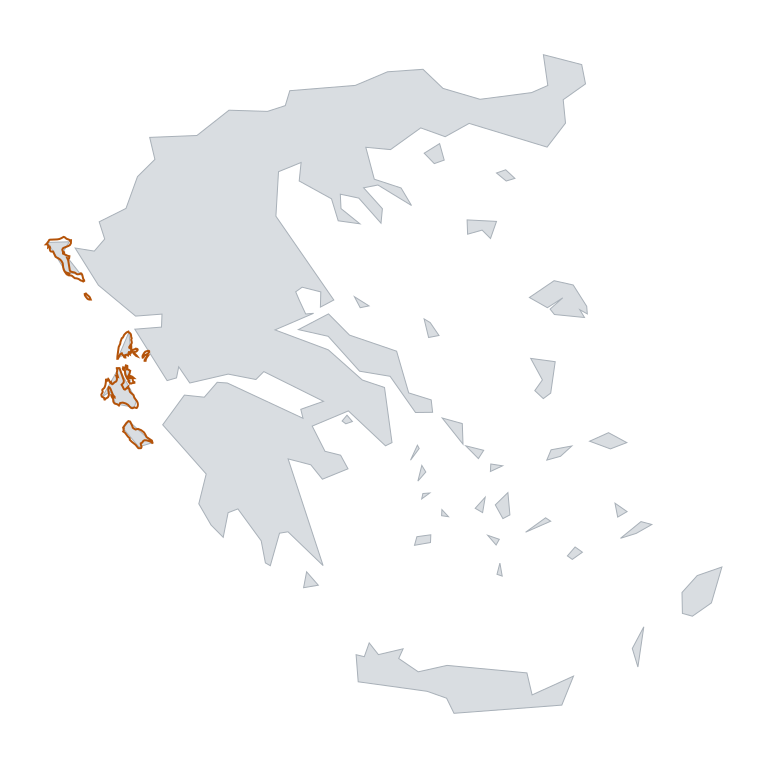 Ionioi Nisoi on a map of Greece (Natural Earth projection)
{"feature_id": "GRC-2883", "entity_name": "Ionioi Nisoi", "entity_type": "Region", "adm_level": 1, "iso_a3": "GRC", "parent_name": "Greece", "parent_adm1": "", "projection": "natural_earth1", "projection_center": [20.478, 38.738], "detail": "fine", "context": "in_parent", "style": "outline", "palette": "amber", "viewbox_px": 768, "rotation_deg": 0, "n_neighbors": 0, "source": "natural_earth", "source_scale": "10m", "svg_char_len": 8741}
<svg xmlns="http://www.w3.org/2000/svg" viewBox="0 0 768 768"><path d="M543.4,54.7L581.7,64.6L585.5,83.9L563.2,99.7L565.5,123.1L547.1,147.1L469.1,123.4L445.2,136.7L420.7,127.9L390.5,149.6L365.8,147.3L374.3,179.2L401.1,188.0L411.5,205.5L377.9,185.0L363.6,187.8L382.4,208.7L381.0,223.2L358.8,198.1L340.3,194.2L341.0,208.6L359.9,223.8L338.2,220.8L331.5,198.8L299.2,181.0L301.1,162.5L278.5,171.7L275.9,216.2L333.8,300.0L320.4,307.1L320.8,291.9L302.1,287.2L295.7,291.8L299.4,300.5L305.7,314.0L313.6,313.3L275.0,329.9L328.4,349.9L362.3,380.0L384.5,387.5L392.0,442.6L385.5,445.8L348.4,410.9L312.2,426.1L325.0,451.3L340.6,455.2L348.0,468.8L322.4,479.2L310.8,464.8L288.1,458.9L323.1,565.6L288.0,531.8L279.5,533.2L270.3,565.7L265.4,562.9L261.2,540.8L237.9,508.9L228.1,512.7L223.2,537.3L211.1,525.1L198.8,503.8L206.2,474.0L162.7,424.8L184.4,395.1L204.3,397.2L217.2,382.3L227.3,383.0L303.0,418.3L300.8,409.3L323.5,401.3L263.8,371.6L255.9,379.5L228.2,374.1L189.8,383.0L178.7,366.8L176.5,377.9L167.1,380.6L134.8,329.2L161.5,327.1L162.0,314.1L135.6,316.1L98.4,285.2L75.1,248.0L94.3,251.1L104.7,239.0L99.2,221.8L126.0,208.4L137.5,176.6L154.9,159.4L149.7,137.4L196.9,135.5L229.0,110.2L267.5,111.4L285.3,105.6L289.8,90.7L355.3,85.4L387.5,71.8L423.0,69.3L443.0,88.4L480.0,99.3L531.6,92.6L547.8,85.5L543.4,54.7ZM378.4,654.6L403.1,648.8L398.7,658.5L418.2,671.8L447.1,665.4L526.9,672.9L532.1,694.9L573.5,676.1L561.8,705.1L454.0,713.3L446.6,698.2L427.1,691.3L358.2,681.8L356.1,654.7L364.3,656.7L369.2,642.9L378.4,654.6ZM328.5,313.9L349.5,335.1L396.6,351.2L408.7,392.9L431.2,399.9L432.6,412.3L415.5,412.5L390.1,376.3L359.6,371.2L328.2,336.3L298.4,329.6L328.5,313.9ZM573.2,285.0L586.7,306.3L587.3,313.9L579.8,309.7L584.5,317.5L554.4,314.5L550.1,309.1L562.8,297.8L547.4,307.7L529.4,297.5L554.1,280.7L573.2,285.0ZM692.4,616.2L682.4,613.4L682.0,592.5L697.2,575.6L721.9,567.0L711.4,602.9L692.4,616.2ZM550.7,393.1L543.3,398.6L534.8,390.6L542.4,379.9L530.7,358.4L555.2,361.7L550.7,393.1ZM118.8,368.1L136.4,400.5L134.3,407.4L115.7,403.9L110.1,391.5L102.3,396.8L118.8,368.1ZM81.1,274.9L66.0,272.1L47.6,242.4L69.3,241.8L63.1,252.0L81.1,274.9ZM496.5,221.4L490.5,238.5L482.1,230.1L467.6,234.2L467.1,219.9L496.5,221.4ZM608.5,432.7L626.8,442.6L610.4,448.9L589.6,441.2L608.5,432.7ZM444.2,160.1L434.3,163.6L424.2,153.2L439.6,143.6L444.2,160.1ZM128.8,421.1L152.5,442.7L138.8,446.9L123.2,428.4L128.8,421.1ZM509.9,514.9L502.9,518.6L495.3,504.9L507.9,492.6L509.9,514.9ZM462.3,423.6L463.0,444.2L442.2,418.0L462.3,423.6ZM643.8,626.8L637.9,667.0L632.3,648.5L643.8,626.8ZM130.6,352.2L118.1,357.6L129.0,332.1L130.6,352.2ZM318.3,585.2L303.6,587.7L306.6,571.8L318.3,585.2ZM620.5,538.3L641.0,521.6L651.8,524.5L636.2,533.4L620.5,538.3ZM546.8,460.1L551.1,449.8L571.8,446.0L560.5,456.3L546.8,460.1ZM485.2,497.2L482.6,512.6L475.2,508.3L485.2,497.2ZM483.7,450.3L478.4,458.6L465.7,445.8L483.7,450.3ZM439.0,335.5L428.6,337.5L424.1,318.9L430.2,322.6L439.0,335.5ZM514.9,178.4L506.2,181.0L496.5,173.0L505.7,169.8L514.9,178.4ZM430.8,534.8L430.5,542.5L414.5,545.3L416.9,536.7L430.8,534.8ZM550.7,521.2L525.6,532.2L545.6,517.8L550.7,521.2ZM419.2,448.5L410.5,460.2L417.4,445.2L419.2,448.5ZM502.6,465.8L490.4,471.5L490.8,464.0L502.6,465.8ZM582.4,552.2L572.3,559.4L567.4,555.9L575.1,547.0L582.4,552.2ZM627.1,511.6L617.7,517.1L615.0,503.2L627.1,511.6ZM425.8,472.0L417.9,481.1L421.8,465.4L425.8,472.0ZM129.6,370.3L130.2,383.3L123.5,367.5L129.6,370.3ZM499.3,539.3L496.1,545.0L487.7,535.3L499.3,539.3ZM369.0,305.9L360.2,307.7L354.4,296.7L369.0,305.9ZM352.4,421.5L345.8,423.8L342.1,421.0L347.0,415.2L352.4,421.5ZM429.8,493.0L421.7,498.9L422.9,493.5L429.8,493.0ZM499.9,563.1L502.2,576.1L497.0,574.3L499.9,563.1ZM448.5,516.7L441.6,515.7L441.9,509.6L448.5,516.7Z" fill="#d9dde1" stroke="#a8b0b8" stroke-width="1"/><path d="M132.1,408.2L130.9,407.8L129.9,406.9L128.0,404.8L125.8,403.5L122.8,402.6L120.2,403.0L118.9,405.5L117.5,404.4L114.6,403.5L113.6,402.2L113.3,401.3L113.2,399.5L113.0,398.8L111.7,396.6L111.4,395.5L112.4,395.8L113.7,397.1L114.6,397.5L114.6,396.8L113.4,395.6L112.6,394.1L110.5,388.9L109.6,387.4L108.8,387.1L108.2,388.8L108.3,390.4L108.9,393.6L108.8,395.5L108.0,397.2L107.0,397.9L105.9,398.4L105.0,399.5L104.5,399.5L104.0,397.8L101.8,396.6L101.3,394.8L101.6,394.0L102.2,393.0L102.7,392.0L102.6,391.2L102.3,390.3L102.4,389.6L102.9,389.1L103.4,388.8L104.5,387.6L105.4,385.1L105.9,381.9L106.0,378.8L106.5,380.2L106.6,380.8L107.1,380.8L108.2,378.9L108.8,379.6L109.4,381.4L110.4,382.8L111.0,382.0L111.3,382.6L111.6,383.6L112.2,384.2L113.0,383.8L114.4,382.4L116.2,381.4L116.9,379.8L116.9,377.9L116.3,376.1L117.9,376.8L116.9,373.5L116.8,372.8L117.0,371.5L117.2,370.5L117.3,369.6L116.8,368.8L116.8,368.1L119.5,368.1L123.7,380.0L123.8,380.8L123.7,382.3L123.2,383.1L122.5,383.8L121.6,384.8L122.2,385.7L124.0,389.2L125.0,389.6L126.1,388.7L127.2,387.5L128.0,386.8L127.9,387.2L127.7,387.8L127.5,388.2L129.0,388.5L129.4,389.5L129.6,390.9L130.2,392.2L133.5,395.1L134.3,397.7L137.1,401.5L137.7,403.0L137.9,404.6L137.7,406.2L136.9,407.8L136.5,408.0L134.5,407.5L133.7,407.6L132.9,408.1L132.1,408.2ZM82.2,274.8L82.5,275.9L83.2,278.8L84.1,280.2L84.2,280.9L83.2,281.5L82.5,281.0L80.6,280.4L78.8,279.1L77.5,278.6L76.2,278.3L74.9,278.2L74.3,277.8L72.3,276.1L71.5,275.6L70.2,275.4L69.1,275.4L68.2,275.2L67.8,274.7L68.4,274.8L68.9,274.4L69.4,273.5L66.7,272.7L65.7,272.2L65.6,272.4L65.6,272.8L64.6,271.4L63.7,269.5L63.2,267.4L62.7,263.3L61.7,261.4L60.3,259.7L58.3,258.3L56.5,257.4L55.5,256.7L53.4,252.2L53.2,251.6L51.9,251.6L51.0,251.5L50.3,250.9L49.8,249.6L50.0,247.3L49.6,246.6L48.1,247.5L48.2,246.0L47.9,244.9L47.3,244.3L46.1,244.3L46.9,243.5L48.9,240.7L49.3,239.9L50.0,239.7L57.2,239.4L59.5,239.0L61.5,238.1L63.6,236.9L64.6,237.2L65.4,237.8L66.0,238.4L66.8,238.9L68.8,239.6L69.6,240.0L70.0,240.9L70.5,240.9L70.5,240.2L71.0,240.2L70.9,243.2L69.9,245.0L68.3,246.0L63.5,247.9L62.8,248.5L62.3,249.7L62.6,250.9L63.2,251.9L64.1,252.2L64.1,253.0L63.0,253.0L63.0,253.6L67.6,255.8L69.4,256.2L69.1,258.3L68.6,258.8L67.3,258.3L68.2,260.3L69.8,270.4L70.1,271.0L71.0,271.6L72.0,272.0L74.2,272.4L75.2,272.8L76.8,274.1L77.5,274.3L78.9,274.2L80.1,273.8L80.8,273.3L81.4,273.5L82.2,274.8ZM145.3,434.5L146.6,437.1L151.9,440.6L152.7,443.6L151.7,442.3L149.4,441.2L146.8,440.4L144.7,440.2L143.5,440.8L142.8,441.6L142.3,442.5L141.8,442.8L140.7,443.4L140.8,444.5L141.2,445.6L141.5,446.2L141.4,447.5L141.0,448.1L140.2,448.2L138.5,448.2L138.0,447.8L135.6,444.8L131.7,441.7L129.8,439.8L129.7,438.2L128.0,436.7L125.0,432.7L123.2,431.5L123.8,430.4L123.4,428.8L123.8,428.2L123.2,427.5L126.4,423.0L128.4,421.1L130.2,421.6L130.3,421.9L130.3,422.1L130.6,422.5L132.2,425.8L132.8,427.7L133.6,428.4L135.5,429.5L138.0,428.9L141.2,430.2L144.0,432.4L145.3,434.5ZM120.5,354.1L119.8,355.1L119.0,356.5L117.9,358.8L117.3,358.8L117.4,356.4L118.7,347.0L120.2,343.8L120.5,341.8L121.8,338.2L122.6,337.8L123.2,336.9L124.2,334.8L125.2,333.7L126.6,332.4L128.4,331.6L128.5,331.9L128.7,332.4L129.6,332.8L130.8,334.2L131.1,335.7L131.2,337.1L131.7,338.2L131.3,339.3L131.3,340.3L131.6,341.1L131.7,341.8L131.8,342.7L131.7,343.2L131.4,343.8L129.6,346.4L129.2,347.1L129.3,347.8L129.9,348.1L130.3,347.3L130.6,346.2L131.2,345.4L131.3,346.9L131.1,352.1L130.7,353.3L130.2,353.4L129.6,352.1L129.1,352.1L129.2,352.6L129.6,354.1L129.3,353.9L128.5,353.5L128.4,354.2L128.3,354.6L128.1,354.9L128.0,355.5L126.7,354.8L125.5,355.0L124.8,355.8L125.4,356.9L125.4,357.5L124.5,357.4L124.1,357.0L123.9,356.4L124.2,355.5L122.7,355.2L121.8,353.3L120.5,354.1ZM130.7,376.1L131.6,376.4L132.5,376.9L133.9,378.1L133.6,378.1L132.4,378.1L132.9,380.8L133.4,381.7L134.4,382.1L134.4,382.8L132.3,383.1L131.0,383.6L129.9,383.3L128.5,381.5L129.1,380.8L127.9,379.6L126.9,378.1L125.4,374.8L125.2,374.1L125.0,371.8L124.8,370.8L124.2,370.2L123.3,369.7L122.8,368.8L123.2,367.4L124.4,368.2L125.1,367.7L125.9,365.4L127.3,365.9L127.4,367.1L127.0,368.5L126.4,369.4L127.8,369.3L128.6,369.7L129.3,370.3L130.2,370.8L129.7,372.8L129.1,374.5L127.5,377.5L128.1,377.9L128.9,378.1L129.8,378.2L130.7,378.1L130.7,377.5L129.6,376.8L131.2,376.8L130.7,376.1ZM148.5,350.8L149.1,351.1L149.2,352.1L148.3,353.2L147.3,354.0L146.2,354.7L145.5,354.9L144.9,355.3L144.0,356.2L143.4,357.4L142.7,357.6L142.5,356.6L142.7,355.5L144.1,353.1L145.3,351.7L146.7,351.2L148.5,350.8ZM85.9,293.5L87.1,294.8L88.5,295.9L89.8,297.3L90.7,299.5L89.1,299.5L88.1,299.2L87.3,298.6L85.7,296.6L84.9,295.3L84.7,294.0L85.9,293.5ZM137.3,349.5L137.6,349.5L137.7,349.9L137.4,350.4L137.0,350.9L136.3,351.5L134.3,352.1L134.1,353.2L135.2,354.1L135.8,354.7L135.9,355.0L136.5,355.4L137.2,356.3L136.2,355.9L133.5,353.3L132.3,350.8L133.1,349.7L134.3,349.5L135.9,348.6L136.3,349.0L136.7,349.2L137.0,349.1L137.1,349.5L137.3,349.5ZM148.2,355.5L146.5,357.9L145.8,359.5L145.6,360.8L144.6,360.8L144.6,360.1L147.5,355.6L148.2,355.5Z" fill="none" stroke="#b45309" stroke-width="2"/></svg>